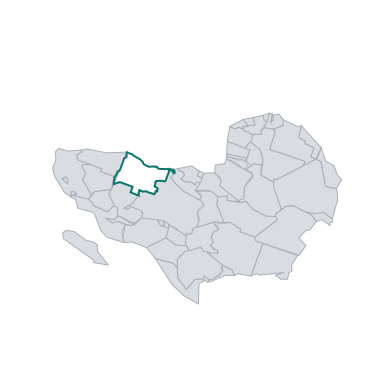 Angola on a map of Africa (Equal Earth projection), rotated 110°
{"feature_id": "AGO", "entity_name": "Angola", "entity_type": "country or territory", "adm_level": 0, "iso_a3": "AGO", "parent_name": "Africa", "parent_adm1": "", "projection": "equal_earth", "projection_center": [17.424, -11.224], "detail": "fine", "context": "in_parent", "style": "outline", "palette": "teal", "viewbox_px": 384, "rotation_deg": 110, "n_neighbors": 49, "source": "natural_earth", "source_scale": "50m", "svg_char_len": 13804}
<svg xmlns="http://www.w3.org/2000/svg" viewBox="0 0 384 384"><g transform="rotate(110 192 192)"><path d="M243.8,200.5L259.8,215.8L259.5,231.3L262.8,238.7L260.3,241.1L245.3,243.6L243.0,235.1L234.0,230.7L230.7,223.3L229.9,215.1L234.2,210.4L233.2,201.3L243.8,200.5Z" fill="#d9dde1" stroke="#a8b0b8" stroke-width="1"/><path d="M118.8,86.8L118.3,92.7L108.8,92.5L108.1,102.4L105.4,102.8L104.6,110.5L92.4,111.8L106.2,85.8L118.8,86.8Z" fill="#d9dde1" stroke="#a8b0b8" stroke-width="1"/><path d="M229.9,215.1L234.0,230.7L227.9,231.5L226.7,244.7L230.4,246.3L230.6,250.6L223.1,244.0L208.0,241.9L206.8,226.4L201.8,225.0L198.6,229.3L193.9,229.6L190.4,220.7L177.9,220.3L182.2,215.1L185.2,217.0L189.5,211.1L194.4,198.4L197.2,179.5L200.0,176.1L208.9,180.2L218.7,175.2L223.9,175.3L227.1,179.1L231.0,177.8L235.5,187.6L231.6,194.2L229.9,215.1Z" fill="#d9dde1" stroke="#a8b0b8" stroke-width="1"/><path d="M267.1,203.5L265.3,185.3L268.7,179.3L277.2,176.2L285.6,164.0L273.0,159.2L269.5,153.5L271.1,149.9L275.7,154.1L295.0,147.6L292.4,163.6L285.7,179.4L267.1,203.5Z" fill="#d9dde1" stroke="#a8b0b8" stroke-width="1"/><path d="M259.8,215.8L243.8,200.5L247.2,188.9L244.1,179.3L247.9,174.1L256.6,181.9L267.9,180.6L265.3,185.3L267.1,203.5L259.8,215.8Z" fill="#d9dde1" stroke="#a8b0b8" stroke-width="1"/><path d="M215.4,163.0L213.0,161.3L212.0,160.1L212.2,155.5L207.3,145.4L210.5,132.9L213.0,133.2L212.7,115.7L216.1,115.7L216.0,107.8L250.7,107.8L253.2,121.2L256.0,123.7L251.5,127.8L250.2,141.4L244.5,153.3L243.8,161.2L239.8,146.7L235.8,156.6L231.7,154.7L228.6,158.3L221.9,158.0L216.8,154.7L213.3,161.5L215.4,163.0Z" fill="#d9dde1" stroke="#a8b0b8" stroke-width="1"/><path d="M212.7,117.4L213.0,133.2L210.5,132.9L207.3,145.4L210.1,151.2L195.4,164.4L187.3,166.3L183.3,157.7L187.9,155.9L185.3,142.4L182.1,138.2L187.3,129.1L189.3,114.2L186.2,104.4L189.2,102.3L212.7,117.4Z" fill="#d9dde1" stroke="#a8b0b8" stroke-width="1"/><path d="M190.7,311.0L192.0,309.1L196.7,312.8L200.8,310.6L200.9,296.3L203.7,304.3L205.8,303.9L210.8,298.3L217.6,299.1L228.9,285.9L234.1,286.5L235.9,294.8L235.4,300.5L233.2,300.1L232.0,304.0L233.6,306.1L238.1,304.0L236.0,311.7L224.0,326.8L217.1,331.2L208.1,330.9L201.1,334.3L196.4,331.9L196.0,322.7L190.7,311.0ZM226.7,312.4L224.2,312.0L221.0,315.9L224.0,318.5L226.7,312.4Z" fill="#d9dde1" stroke="#a8b0b8" stroke-width="1"/><path d="M226.7,312.4L224.0,318.5L221.0,315.9L224.2,312.0L226.7,312.4Z" fill="#d9dde1" stroke="#a8b0b8" stroke-width="1"/><path d="M234.1,286.5L224.9,283.5L217.0,268.6L222.3,269.4L232.1,259.7L239.7,264.5L238.7,278.8L234.1,286.5Z" fill="#d9dde1" stroke="#a8b0b8" stroke-width="1"/><path d="M228.9,285.9L217.6,299.1L210.8,298.3L205.8,303.9L203.7,304.3L200.9,296.3L201.0,284.9L203.9,284.8L204.1,270.7L217.0,268.6L224.9,283.5L228.9,285.9Z" fill="#d9dde1" stroke="#a8b0b8" stroke-width="1"/><path d="M201.0,284.9L200.8,310.6L196.7,312.8L192.0,309.1L190.7,311.0L187.4,305.3L184.5,285.9L176.9,266.9L216.5,268.0L204.1,270.7L203.9,284.8L201.0,284.9Z" fill="#d9dde1" stroke="#a8b0b8" stroke-width="1"/><path d="M91.5,141.3L89.0,136.7L93.9,129.8L98.5,129.2L105.3,137.2L106.9,146.0L91.4,146.2L91.0,143.1L100.1,141.7L91.5,141.3Z" fill="#d9dde1" stroke="#a8b0b8" stroke-width="1"/><path d="M106.9,146.0L105.3,137.2L106.9,134.1L125.3,133.6L124.5,96.3L129.0,96.2L151.6,116.9L151.6,119.4L154.9,119.1L152.6,133.4L138.5,135.8L129.5,141.8L125.0,154.3L117.1,155.0L114.0,146.5L110.8,148.4L106.9,146.0Z" fill="#d9dde1" stroke="#a8b0b8" stroke-width="1"/><path d="M92.4,111.8L104.6,110.5L105.4,102.8L108.1,102.4L108.8,92.5L118.3,92.7L118.8,86.8L129.0,96.2L124.5,96.3L125.3,133.6L106.9,134.1L105.3,137.2L98.5,129.2L92.8,131.1L94.4,115.3L92.4,111.8Z" fill="#d9dde1" stroke="#a8b0b8" stroke-width="1"/><path d="M149.2,171.1L146.6,171.6L146.2,159.4L143.6,153.9L150.0,146.8L152.7,152.9L149.4,161.9L149.2,171.1Z" fill="#d9dde1" stroke="#a8b0b8" stroke-width="1"/><path d="M186.2,104.4L189.3,114.2L187.3,129.1L182.1,138.2L185.3,142.4L184.0,145.8L180.8,141.3L168.5,144.4L157.9,140.2L153.9,141.6L152.2,149.1L144.6,144.3L142.8,135.9L152.6,133.4L154.9,119.1L177.9,102.0L184.2,105.9L186.2,104.4Z" fill="#d9dde1" stroke="#a8b0b8" stroke-width="1"/><path d="M149.2,171.1L154.7,140.7L168.5,144.4L180.8,141.3L185.2,147.4L176.6,168.1L169.0,170.3L166.7,177.1L158.8,179.2L154.1,171.0L149.2,171.1Z" fill="#d9dde1" stroke="#a8b0b8" stroke-width="1"/><path d="M185.0,144.3L187.9,155.9L183.3,157.7L187.8,165.2L184.8,177.3L189.3,189.6L170.2,187.3L166.7,178.3L167.5,174.3L171.7,167.9L176.6,168.1L185.0,144.3Z" fill="#d9dde1" stroke="#a8b0b8" stroke-width="1"/><path d="M144.0,151.8L146.6,171.6L144.2,172.4L141.1,153.0L144.0,151.8Z" fill="#d9dde1" stroke="#a8b0b8" stroke-width="1"/><path d="M141.4,151.7L144.2,172.4L132.3,176.2L132.5,151.9L141.4,151.7Z" fill="#d9dde1" stroke="#a8b0b8" stroke-width="1"/><path d="M117.1,155.0L122.6,153.7L132.7,157.3L132.3,176.2L117.5,178.8L118.0,173.3L115.0,170.2L117.1,155.0Z" fill="#d9dde1" stroke="#a8b0b8" stroke-width="1"/><path d="M100.3,145.4L110.8,148.4L114.0,146.5L117.1,155.0L116.0,165.3L113.2,166.8L111.7,161.8L109.4,162.6L107.7,155.7L101.2,160.3L95.8,151.6L100.3,145.4Z" fill="#d9dde1" stroke="#a8b0b8" stroke-width="1"/><path d="M91.4,146.2L100.3,145.4L100.1,148.5L95.8,151.6L91.4,146.2Z" fill="#d9dde1" stroke="#a8b0b8" stroke-width="1"/><path d="M115.6,165.3L115.0,170.2L118.0,173.3L117.5,178.8L106.4,168.9L110.2,162.3L113.2,166.8L115.6,165.3Z" fill="#d9dde1" stroke="#a8b0b8" stroke-width="1"/><path d="M101.2,160.3L107.7,155.7L110.2,162.3L106.4,168.9L101.2,160.3Z" fill="#d9dde1" stroke="#a8b0b8" stroke-width="1"/><path d="M125.0,154.3L128.7,142.8L138.5,135.8L142.8,135.9L144.6,144.3L148.0,145.2L144.0,151.8L132.5,151.9L132.7,157.3L125.0,154.3Z" fill="#d9dde1" stroke="#a8b0b8" stroke-width="1"/><path d="M223.9,175.3L214.9,175.8L208.9,180.2L200.0,176.1L196.9,182.3L192.9,181.4L189.5,187.4L184.8,174.4L187.3,166.3L195.4,164.4L210.1,151.2L212.0,160.1L223.9,175.3Z" fill="#d9dde1" stroke="#a8b0b8" stroke-width="1"/><path d="M196.9,182.3L194.4,198.4L189.5,211.1L185.2,217.0L179.2,214.8L177.1,217.3L174.6,212.9L176.9,210.7L175.7,208.0L179.0,204.6L183.4,206.8L184.7,202.1L182.9,196.5L184.2,191.8L181.2,191.3L180.6,187.4L189.3,189.6L192.9,181.4L196.9,182.3Z" fill="#d9dde1" stroke="#a8b0b8" stroke-width="1"/><path d="M175.1,187.4L180.2,187.2L181.2,191.3L184.2,191.8L182.9,196.5L184.7,202.1L183.4,206.8L179.0,204.6L175.7,208.0L176.9,210.7L174.6,212.9L167.6,201.2L169.7,192.5L175.1,192.3L175.1,187.4Z" fill="#d9dde1" stroke="#a8b0b8" stroke-width="1"/><path d="M170.2,187.3L175.1,187.4L175.1,192.3L169.7,192.5L170.2,187.3Z" fill="#d9dde1" stroke="#a8b0b8" stroke-width="1"/><path d="M234.0,230.7L241.4,236.1L239.5,252.5L241.0,253.5L231.9,256.8L232.1,259.7L222.3,269.4L211.0,267.8L207.1,262.0L207.3,249.2L213.5,249.2L213.3,241.2L223.1,244.0L230.6,250.6L230.4,246.3L226.7,244.7L227.0,234.1L228.8,231.0L234.0,230.7Z" fill="#d9dde1" stroke="#a8b0b8" stroke-width="1"/><path d="M240.1,234.3L244.6,238.1L245.1,251.9L248.4,256.1L246.2,264.9L244.7,256.1L239.5,252.5L242.2,239.6L240.1,234.3Z" fill="#d9dde1" stroke="#a8b0b8" stroke-width="1"/><path d="M245.3,243.6L254.1,243.8L262.8,238.7L263.6,256.4L259.3,264.6L245.0,276.8L246.2,293.8L238.9,298.6L238.1,304.0L236.0,303.9L234.1,286.5L238.7,278.8L239.7,264.5L232.3,261.2L231.9,256.8L241.0,253.5L244.7,256.1L246.2,264.9L248.4,256.1L245.1,251.9L245.3,243.6Z" fill="#d9dde1" stroke="#a8b0b8" stroke-width="1"/><path d="M236.0,303.9L233.6,306.1L232.0,304.0L233.2,300.1L236.0,303.9Z" fill="#d9dde1" stroke="#a8b0b8" stroke-width="1"/><path d="M233.4,206.5L234.2,210.4L229.9,215.1L229.0,208.3L233.4,206.5Z" fill="#d9dde1" stroke="#a8b0b8" stroke-width="1"/><path d="M289.2,245.7L292.1,260.5L289.9,260.5L279.8,297.0L274.7,299.6L271.0,297.2L269.5,288.5L273.6,275.4L272.6,267.3L274.3,262.5L279.9,260.8L289.2,245.7Z" fill="#d9dde1" stroke="#a8b0b8" stroke-width="1"/><path d="M91.0,143.1L96.4,140.2L100.1,141.7L91.0,143.1Z" fill="#d9dde1" stroke="#a8b0b8" stroke-width="1"/><path d="M171.2,75.7L166.2,61.6L169.1,51.1L172.1,49.7L173.9,52.0L176.3,50.6L173.5,60.7L177.2,65.1L171.2,75.7Z" fill="#d9dde1" stroke="#a8b0b8" stroke-width="1"/><path d="M118.8,86.8L119.2,81.3L141.1,68.4L139.5,57.6L142.3,55.6L149.9,52.4L169.1,51.1L166.2,61.6L170.2,69.0L172.1,79.1L170.4,91.9L173.1,98.5L177.9,102.0L159.1,117.3L151.6,119.4L151.6,116.9L118.8,86.8Z" fill="#d9dde1" stroke="#a8b0b8" stroke-width="1"/><path d="M250.6,138.0L251.5,127.8L256.0,123.7L258.9,132.0L270.8,144.9L268.6,145.6L261.4,137.6L250.6,138.0Z" fill="#d9dde1" stroke="#a8b0b8" stroke-width="1"/><path d="M106.2,85.8L117.1,77.2L118.8,67.3L126.0,61.5L129.3,55.5L139.5,57.6L141.1,68.4L119.2,81.3L118.9,85.8L106.2,85.8Z" fill="#d9dde1" stroke="#a8b0b8" stroke-width="1"/><path d="M250.7,107.8L216.0,107.8L215.6,71.0L226.3,73.6L232.0,71.0L234.9,73.4L241.3,72.3L243.6,78.8L241.7,85.2L236.1,77.8L247.0,100.3L246.6,103.5L250.7,107.8Z" fill="#d9dde1" stroke="#a8b0b8" stroke-width="1"/><path d="M214.9,69.7L216.1,115.7L212.7,117.4L189.2,102.3L184.2,105.9L173.1,98.5L170.4,91.9L172.7,71.7L177.2,65.1L187.6,68.4L188.9,71.7L198.5,75.9L203.4,66.7L214.9,69.7Z" fill="#d9dde1" stroke="#a8b0b8" stroke-width="1"/><path d="M285.6,164.0L277.2,176.2L260.9,182.7L250.6,178.5L240.7,164.9L250.6,138.0L254.1,138.8L255.0,135.8L266.2,141.9L268.6,145.6L267.0,151.6L270.1,152.1L273.0,159.2L285.6,164.0Z" fill="#d9dde1" stroke="#a8b0b8" stroke-width="1"/><path d="M268.6,145.6L271.5,146.2L270.1,152.1L267.0,151.6L268.6,145.6Z" fill="#d9dde1" stroke="#a8b0b8" stroke-width="1"/><path d="M243.8,200.5L230.7,202.1L235.7,181.2L244.1,179.3L245.5,182.1L247.2,188.9L243.8,200.5Z" fill="#d9dde1" stroke="#a8b0b8" stroke-width="1"/><path d="M233.2,201.3L234.2,206.0L229.0,208.3L229.8,203.3L233.2,201.3Z" fill="#d9dde1" stroke="#a8b0b8" stroke-width="1"/><path d="M234.5,182.3L231.0,177.8L225.8,178.6L213.3,161.5L219.0,154.2L221.9,158.0L228.6,158.3L231.7,154.7L235.8,156.6L238.8,151.5L237.8,147.9L241.2,147.0L243.8,161.2L240.7,164.9L247.9,174.1L242.2,181.2L234.5,182.3Z" fill="#d9dde1" stroke="#a8b0b8" stroke-width="1"/><path d="M213.5,241.0L213.5,241.5L213.6,242.3L213.6,242.8L213.7,243.0L213.6,243.3L213.6,243.6L213.5,243.9L213.5,244.1L213.5,244.5L213.5,245.0L213.4,245.5L213.4,246.0L213.5,247.0L213.5,247.3L213.3,247.8L213.2,248.1L213.2,248.6L213.1,248.8L213.4,249.4L213.4,249.6L213.2,249.6L212.4,249.6L211.5,249.6L210.6,249.6L209.7,249.6L208.9,249.6L208.1,249.6L207.4,249.6L207.4,250.2L207.4,251.5L207.4,252.8L207.4,254.1L207.4,255.4L207.4,256.7L207.4,258.0L207.4,259.3L207.4,260.6L207.3,261.5L207.5,262.7L207.8,264.1L208.0,264.2L208.3,264.4L208.7,264.9L209.0,265.3L209.5,266.0L210.2,266.8L210.9,267.6L211.4,268.2L210.5,268.5L209.2,268.8L208.3,269.0L207.2,269.3L206.5,269.5L205.6,269.7L205.2,269.5L204.7,269.5L204.1,269.7L203.6,269.7L203.3,269.7L202.9,269.5L202.6,269.2L202.0,269.1L201.1,269.2L200.3,269.1L199.6,269.0L199.0,268.9L198.7,268.9L198.3,268.9L197.9,268.7L197.6,268.5L197.2,267.9L196.9,267.4L196.7,267.3L195.8,267.3L195.0,267.2L194.5,267.2L193.4,267.2L192.3,267.2L191.1,267.2L190.0,267.2L188.8,267.2L187.7,267.2L186.6,267.2L185.4,267.2L184.8,267.2L184.3,267.3L183.6,267.3L183.4,267.2L183.0,266.8L182.7,266.6L182.3,266.2L182.0,265.8L181.8,265.7L181.4,265.6L181.1,265.6L180.9,265.5L180.5,265.7L180.2,265.9L180.0,266.1L179.6,266.3L179.3,266.5L178.7,266.5L178.3,266.5L178.0,266.3L177.7,266.3L177.4,266.6L176.9,266.7L177.0,265.2L177.1,264.5L177.1,263.7L177.0,261.6L176.9,261.3L176.9,261.0L177.1,260.7L177.3,260.5L177.5,260.2L177.6,259.7L177.8,258.7L178.4,256.2L178.7,253.8L179.0,252.7L179.2,251.4L180.2,249.7L180.4,248.7L181.0,248.2L181.7,247.7L182.3,246.7L182.5,246.1L182.8,244.8L182.8,243.5L183.0,241.7L183.0,241.2L182.7,240.5L182.6,240.0L182.3,239.5L182.1,239.2L181.9,238.5L181.4,237.5L181.3,236.8L181.1,236.3L181.0,235.6L180.9,235.0L180.6,234.3L180.4,233.6L180.4,233.4L180.6,233.1L180.6,233.3L181.5,232.1L181.5,231.9L181.5,231.6L181.5,231.2L181.5,230.8L180.7,228.4L180.0,226.2L179.8,225.1L178.9,223.6L178.6,222.6L178.4,221.9L178.2,221.7L178.3,221.6L178.5,221.5L179.0,221.4L179.7,221.2L180.4,220.8L180.6,220.6L180.9,220.6L181.3,220.7L181.5,220.6L182.3,220.6L182.7,220.6L183.3,220.6L183.7,220.6L184.0,220.7L184.6,220.7L185.4,220.7L185.7,220.7L186.7,220.7L187.7,220.6L188.6,220.6L189.6,220.6L190.4,220.6L190.8,220.8L191.1,221.0L191.2,221.3L191.3,221.4L191.4,221.6L191.6,221.9L191.6,222.2L191.6,222.6L191.6,223.1L191.7,223.7L191.9,224.3L192.2,225.0L192.4,225.5L192.3,225.9L192.4,226.3L192.7,226.7L192.9,227.0L193.0,227.1L193.2,227.8L193.7,228.9L194.1,229.6L194.4,229.7L194.8,229.6L195.2,229.6L195.5,229.8L195.7,229.7L196.1,229.4L196.5,229.3L197.0,229.2L197.5,229.1L198.2,229.3L198.4,229.3L199.0,229.3L199.6,229.2L199.7,228.1L199.7,227.9L199.8,227.5L200.0,227.2L200.0,226.9L200.0,226.4L200.1,225.8L200.5,225.4L201.2,225.2L201.6,225.2L202.1,225.0L203.0,224.9L203.3,224.9L203.4,225.0L203.2,225.8L203.2,226.0L203.2,226.3L203.4,226.4L204.3,226.4L205.2,226.4L206.1,226.5L206.9,226.5L207.0,226.6L207.1,227.0L207.1,227.7L206.9,228.8L207.0,229.8L207.3,230.7L207.3,232.2L207.2,233.0L207.1,234.1L207.0,235.3L207.1,235.8L207.4,236.3L207.8,236.9L208.2,237.6L208.4,238.5L208.5,239.1L208.4,239.3L208.4,239.7L208.5,240.3L208.4,240.6L208.2,240.8L208.1,241.1L208.2,241.6L208.2,242.0L208.3,242.2L208.4,242.3L208.5,242.3L208.7,242.2L209.0,241.9L209.2,241.7L209.5,241.8L210.0,241.8L210.8,241.9L211.0,241.8L211.8,241.4L212.2,241.4L212.6,241.5L213.1,241.6L213.3,241.4L213.4,241.1L213.5,241.0ZM180.6,215.6L180.2,215.9L179.8,216.0L179.4,216.7L179.1,217.0L178.8,217.3L178.7,217.4L178.7,217.5L178.8,217.6L178.9,218.8L178.9,219.9L178.8,220.0L178.5,220.1L178.1,220.1L177.9,220.1L177.8,219.7L177.9,219.3L178.0,219.0L177.9,218.4L177.7,217.9L177.4,217.2L177.6,216.9L177.8,216.4L177.9,216.2L178.3,216.1L178.5,215.7L178.8,215.4L179.3,215.2L179.5,214.9L179.9,214.8L180.0,214.8L180.3,215.3L180.5,215.5L180.6,215.6Z" fill="none" stroke="#0f766e" stroke-width="2"/></g></svg>